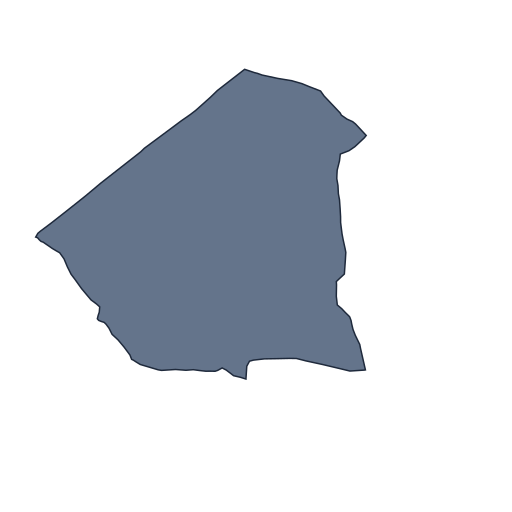 Al-Daur, Sala ad-Din, Iraq (Equal Earth projection), rotated 140°
{"feature_id": "34846034B11462984737824", "entity_name": "Al-Daur", "entity_type": "district", "adm_level": 2, "iso_a3": "IRQ", "parent_name": "Iraq", "parent_adm1": "Sala ad-Din", "projection": "equal_earth", "projection_center": [44.202, 34.56], "detail": "fine", "context": "isolated", "style": "filled", "palette": "slate", "viewbox_px": 512, "rotation_deg": 140, "n_neighbors": 0, "source": "geoboundaries", "source_scale": "gbopen_adm2", "svg_char_len": 1794}
<svg xmlns="http://www.w3.org/2000/svg" viewBox="0 0 512 512"><g transform="rotate(140 256 256)"><path d="M342.8,168.2L340.9,170.2L333.9,177.5L328.6,179.6L324.9,177.9L315.7,171.8L306.2,164.1L296.1,156.0L290.9,151.5L286.2,145.0L285.6,144.1L274.9,130.3L263.6,115.1L258.0,107.5L246.4,99.0L245.4,98.4L235.4,117.9L233.4,121.5L230.9,131.5L228.9,137.4L226.4,142.4L224.7,145.4L223.4,149.0L223.4,150.3L223.9,155.3L224.2,160.6L225.2,166.2L220.4,173.5L212.9,182.1L210.9,184.8L205.7,185.1L199.9,185.4L190.2,195.4L184.9,201.0L183.2,204.0L178.7,212.6L175.9,217.6L169.7,227.2L165.9,231.8L161.2,238.1L155.9,245.4L152.9,250.7L147.9,257.3L144.4,263.3L142.1,265.9L138.6,269.6L130.9,275.2L125.9,279.9L120.1,277.9L117.1,276.9L110.1,276.2L104.1,276.5L97.1,276.9L94.1,277.5L94.4,283.5L94.9,293.1L95.6,296.8L98.3,302.4L100.1,309.0L99.6,311.4L101.0,334.9L100.5,340.9L106.5,351.8L110.0,358.5L116.0,367.4L125.2,378.1L135.0,390.7L137.5,395.0L139.2,397.3L144.7,406.3L179.2,407.6L188.8,406.9L208.5,406.3L215.5,406.6L226.5,407.6L249.1,408.9L272.3,410.3L277.3,409.9L327.9,411.6L348.2,411.6L371.2,412.2L392.2,412.9L405.0,413.6L408.5,413.6L412.6,412.1L411.6,410.4L411.6,407.9L411.3,405.4L410.1,403.3L409.4,400.7L408.1,396.1L407.2,392.7L405.6,388.1L404.3,384.7L404.9,377.2L407.5,368.8L408.7,363.7L409.4,360.8L409.7,354.5L410.6,343.1L410.6,335.1L410.6,328.4L409.0,321.7L408.4,317.5L412.2,313.7L415.0,312.0L417.9,309.9L417.9,307.8L416.6,305.3L415.0,302.8L414.7,300.2L415.0,295.2L416.6,288.5L415.6,280.5L415.6,276.3L415.6,271.2L416.2,261.2L417.7,256.8L416.8,254.8L416.2,252.7L414.4,247.3L404.1,231.7L401.9,229.1L390.6,220.8L383.1,213.5L377.1,209.2L372.9,204.6L368.4,199.9L365.9,197.9L361.4,194.0L358.9,193.0L353.9,192.0L352.1,187.7L350.1,178.7L345.9,173.1L342.8,168.2Z" fill="#64748b" stroke="#1e293b" stroke-width="1.5"/></g></svg>